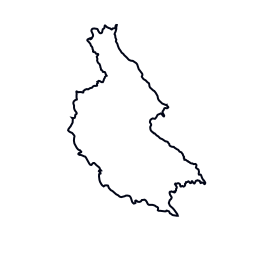 the district of Antanambao Manampontsy, Atsinanana, Madagascar, rotated 141°
{"feature_id": "10022922B63046975451138", "entity_name": "Antanambao Manampontsy", "entity_type": "district", "adm_level": 2, "iso_a3": "MDG", "parent_name": "Madagascar", "parent_adm1": "Atsinanana", "projection": "natural_earth1", "projection_center": [48.439, -19.564], "detail": "fine", "context": "isolated", "style": "outline", "palette": "ink", "viewbox_px": 256, "rotation_deg": 141, "n_neighbors": 0, "source": "geoboundaries", "source_scale": "gbopen_adm2", "svg_char_len": 5844}
<svg xmlns="http://www.w3.org/2000/svg" viewBox="0 0 256 256"><g transform="rotate(141 128 128)"><path d="M148.9,34.8L148.6,34.3L148.2,32.5L148.0,32.1L145.3,29.1L144.5,28.5L143.9,30.1L143.6,35.5L143.7,37.6L144.3,41.1L144.1,42.0L143.5,44.0L142.5,44.7L141.0,45.6L139.0,45.8L137.9,46.4L137.6,47.0L137.3,49.7L136.6,51.3L136.0,51.9L135.4,52.0L134.8,51.5L134.2,51.4L132.7,49.0L132.4,49.1L132.1,49.6L131.8,49.5L131.8,48.6L131.5,48.6L130.5,49.2L129.9,49.3L128.9,50.5L127.8,50.8L127.2,51.5L126.8,54.8L126.1,55.0L125.3,54.1L123.8,53.6L123.2,52.6L123.0,52.0L123.0,51.6L123.9,49.9L123.9,49.4L123.6,49.1L122.3,48.8L122.1,48.5L121.8,47.6L121.5,47.4L120.5,47.3L119.4,47.8L119.0,48.6L118.7,48.8L117.8,48.7L117.1,49.4L115.9,48.7L114.7,48.6L114.5,48.3L114.4,46.4L114.3,46.0L114.1,45.8L113.4,45.6L112.4,46.4L112.0,46.5L111.6,46.2L111.6,45.7L111.8,44.3L111.5,43.2L111.1,43.1L110.7,43.2L108.7,44.1L108.0,44.1L107.4,43.6L106.7,43.5L106.1,42.3L105.7,42.0L105.6,41.6L106.1,40.3L106.2,39.8L106.2,39.5L105.8,39.3L105.0,39.4L104.8,39.1L104.7,38.8L104.5,38.5L103.7,37.9L104.0,36.4L103.8,36.2L103.2,36.2L102.5,36.7L102.3,37.2L102.0,39.4L102.2,40.7L101.8,42.8L100.9,45.3L100.9,46.0L101.2,46.4L102.1,46.9L102.2,47.3L101.6,48.3L100.5,49.1L99.4,51.3L99.5,51.9L100.1,53.6L100.1,54.5L98.4,55.8L98.1,56.2L98.0,56.7L98.2,57.6L99.8,58.7L100.2,59.9L100.8,60.3L101.6,61.5L101.7,62.7L102.4,63.8L102.3,64.7L102.9,65.6L103.1,66.8L103.3,67.1L104.2,67.8L104.1,68.1L103.6,68.6L103.5,69.7L102.7,70.1L102.6,70.4L102.5,71.9L101.9,73.2L102.0,74.2L101.8,75.4L102.8,77.2L102.7,79.4L103.6,81.3L103.7,82.0L104.2,83.3L104.3,84.5L105.4,85.5L106.0,86.3L106.6,87.7L106.6,88.5L106.0,89.7L106.1,91.3L105.9,92.0L106.4,93.1L107.3,94.1L107.5,94.7L108.4,97.8L109.5,99.8L109.8,102.6L110.4,104.2L110.7,107.1L111.4,107.8L111.2,108.5L111.6,109.5L111.8,111.5L111.5,112.6L110.5,114.3L109.8,115.0L108.3,115.6L107.9,116.0L107.6,116.7L107.4,118.5L107.0,119.1L105.6,120.1L104.1,120.2L102.8,119.9L101.3,118.2L100.3,118.3L99.1,118.6L96.7,119.6L93.4,118.7L93.1,117.7L93.1,114.9L93.0,114.6L92.7,114.4L92.2,114.7L92.0,115.1L91.4,118.3L90.8,119.0L90.4,119.2L89.4,119.4L87.3,120.4L86.5,120.1L85.3,118.8L84.0,118.6L83.6,118.8L83.5,119.5L83.7,120.8L83.4,121.5L83.7,121.5L84.4,122.6L86.0,125.5L86.5,129.3L86.5,130.6L86.3,131.5L86.0,132.3L84.9,134.3L84.3,138.1L84.3,140.3L84.7,141.1L85.4,145.6L85.1,146.8L83.7,149.2L83.6,149.7L84.1,151.3L84.3,153.9L85.1,156.0L85.2,157.0L85.0,159.2L84.8,159.4L83.7,159.9L83.3,160.3L82.8,161.3L82.6,167.0L80.8,171.7L80.8,173.3L82.0,177.1L83.3,178.4L84.3,180.1L84.5,181.3L84.6,183.5L85.1,187.0L85.0,188.5L85.5,190.6L85.2,192.6L85.0,195.4L84.1,198.3L83.3,200.1L83.0,202.5L82.8,203.1L81.5,204.0L80.9,206.2L80.0,207.5L79.5,208.5L79.5,209.0L79.4,209.4L78.7,209.9L76.9,210.8L74.8,212.3L73.8,213.6L71.9,215.1L72.3,215.5L72.9,215.4L73.6,215.0L74.9,213.8L75.2,213.7L77.4,215.0L78.2,214.8L78.6,214.8L78.8,215.0L79.3,216.8L79.9,217.6L80.9,219.7L81.2,222.0L81.4,222.2L81.8,222.1L83.3,220.7L84.2,220.5L85.5,220.6L87.9,218.7L88.6,218.5L89.2,218.6L89.9,219.1L90.2,220.2L90.0,222.1L89.5,223.8L89.7,224.5L91.6,226.6L92.9,227.4L93.6,227.5L94.9,227.0L95.5,226.2L96.2,223.4L96.6,222.3L97.3,221.5L99.8,220.5L100.5,220.4L101.4,220.7L101.3,221.0L100.8,221.5L101.2,221.7L103.3,222.2L103.8,222.2L104.3,221.9L104.5,221.6L104.5,221.2L104.3,219.1L104.3,217.1L105.0,215.3L104.9,213.9L105.1,212.9L106.0,211.3L106.2,210.1L106.8,209.8L107.1,209.4L106.9,208.7L105.8,207.4L106.1,206.1L106.0,205.7L104.8,204.5L104.7,204.2L104.9,203.8L105.2,203.6L107.1,203.2L107.5,203.0L108.3,200.9L109.4,200.1L110.0,198.6L110.2,197.4L109.9,195.5L110.7,193.3L111.2,192.7L111.5,191.5L112.3,190.3L111.9,189.2L111.9,188.4L112.2,187.7L112.2,187.4L110.9,186.2L110.8,185.8L111.1,184.6L111.5,183.8L111.7,182.1L112.3,182.3L113.8,182.2L114.5,181.6L116.0,181.1L117.0,180.3L118.7,179.5L119.7,180.3L120.4,182.2L120.6,182.3L121.0,183.0L122.8,183.2L123.0,182.0L123.8,182.0L124.3,181.9L124.7,181.5L125.1,180.6L125.4,180.4L126.6,181.0L127.7,182.0L129.0,182.3L130.7,182.0L132.3,182.8L134.4,183.1L134.8,183.2L135.4,184.1L137.2,184.8L138.1,184.7L139.1,184.9L140.4,183.8L140.8,184.0L141.7,185.3L143.3,186.6L143.9,186.9L144.2,187.4L144.3,187.8L145.0,188.8L145.3,188.7L146.6,186.5L147.1,186.2L149.1,183.7L149.6,182.5L149.9,182.3L151.3,182.9L153.4,182.8L154.6,182.0L155.1,181.3L155.8,179.4L157.2,177.7L157.8,176.5L158.2,175.0L158.3,172.4L158.7,171.6L159.4,171.3L160.4,171.5L160.7,171.3L161.1,171.1L161.6,170.4L162.9,169.5L163.7,169.7L164.7,170.5L165.1,171.0L165.1,169.9L165.4,169.5L167.7,167.0L170.7,165.8L171.5,165.4L172.7,165.2L175.0,164.6L176.0,163.9L176.0,162.7L175.5,161.1L174.6,159.5L174.5,158.8L174.5,155.9L174.9,155.1L176.1,154.2L178.0,152.2L179.4,149.7L180.3,145.0L180.3,142.9L179.7,141.2L179.3,140.8L179.3,138.9L179.6,138.7L180.9,139.0L181.9,139.4L182.8,139.2L183.0,139.0L183.0,138.7L182.6,137.6L181.9,137.1L180.8,135.4L180.0,133.7L179.3,132.7L179.3,131.5L180.5,124.7L180.5,123.4L180.0,122.5L179.6,122.3L178.5,122.6L177.1,122.7L176.3,122.1L176.0,120.4L176.0,119.3L175.2,115.6L175.2,115.1L175.7,113.5L175.7,111.8L176.7,112.2L177.4,113.0L177.8,112.8L177.7,110.2L178.0,109.9L179.5,110.3L181.0,108.6L182.8,105.7L183.6,103.8L184.1,100.9L184.1,99.6L183.6,97.9L182.0,97.9L180.5,96.7L179.8,95.8L180.6,93.5L180.5,90.6L179.7,88.7L178.9,83.9L178.0,81.9L177.7,80.0L177.2,79.2L176.8,78.6L176.0,78.2L173.4,77.0L172.5,76.9L172.0,76.6L171.2,76.1L169.8,74.5L169.5,73.4L169.8,71.7L171.2,68.1L171.3,67.0L171.1,65.7L170.2,65.2L169.3,65.1L168.4,66.7L167.8,66.8L167.2,66.3L166.8,64.5L165.8,63.5L165.3,63.2L164.1,62.9L162.6,63.3L160.2,61.8L159.8,60.5L159.9,58.7L160.1,58.1L160.4,56.6L160.4,56.0L160.0,55.0L157.4,52.9L156.5,51.7L155.9,50.6L155.6,49.3L154.9,48.0L154.9,47.0L155.0,46.8L156.4,45.5L156.6,45.3L156.5,44.9L156.1,44.2L155.2,43.5L151.7,39.9L150.9,39.4L150.4,39.6L150.1,39.6L149.5,38.9L148.6,37.3L149.1,35.4L148.9,34.8Z" fill="none" stroke="#020617" stroke-width="2"/></g></svg>